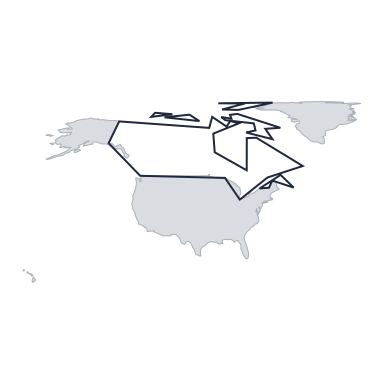 Canada shown with its bordering countries
{"feature_id": "CAN", "entity_name": "Canada", "entity_type": "country or territory", "adm_level": 0, "iso_a3": "CAN", "parent_name": "North America", "parent_adm1": "", "projection": "equal_earth", "projection_center": [-89.555, 62.395], "detail": "coarse", "context": "with_neighbors", "style": "outline", "palette": "slate", "viewbox_px": 384, "rotation_deg": 0, "n_neighbors": 2, "source": "natural_earth", "source_scale": "50m", "svg_char_len": 5986}
<svg xmlns="http://www.w3.org/2000/svg" viewBox="0 0 384 384"><path d="M140.8,175.8L208.4,175.8L208.4,174.6L209.3,174.5L209.6,176.3L210.4,176.8L214.6,177.5L217.0,178.5L219.0,178.0L222.8,178.8L225.0,177.9L233.7,182.4L234.0,183.2L234.6,183.6L234.4,183.9L235.6,183.6L236.2,184.9L237.3,185.3L237.0,185.9L239.7,187.4L240.9,193.2L238.6,198.2L238.9,199.0L239.8,199.6L249.2,195.6L248.5,193.6L249.6,193.1L254.4,193.0L255.2,191.8L259.1,188.5L267.5,188.5L267.7,187.7L269.5,187.0L270.7,183.1L272.3,180.6L273.2,181.5L274.8,180.9L276.0,181.9L276.6,186.2L279.0,189.2L271.5,192.9L270.0,195.6L270.1,197.3L271.1,199.1L272.2,199.2L271.8,198.0L272.7,198.7L272.5,199.7L265.2,201.1L263.1,202.1L266.8,201.4L267.7,202.1L264.1,203.1L262.5,203.1L262.5,202.7L261.8,203.6L262.6,203.8L262.2,206.2L260.5,208.9L260.2,208.0L258.7,207.0L259.4,208.8L260.1,209.4L260.2,210.7L258.1,214.9L258.5,212.4L257.1,211.0L256.6,208.2L256.2,209.7L256.9,211.9L255.1,211.3L257.0,212.4L257.3,215.8L258.1,216.0L259.0,220.7L257.5,223.4L254.7,224.4L253.1,226.5L251.7,226.8L250.4,228.1L250.1,229.3L247.2,231.6L244.5,235.5L244.2,238.1L244.7,240.6L247.0,246.4L247.1,248.0L248.5,252.3L248.4,256.2L247.8,258.5L247.0,259.0L245.6,258.5L245.1,256.9L244.0,256.0L240.7,248.5L241.2,246.1L240.4,244.0L238.1,241.0L237.1,240.4L234.3,242.1L232.5,240.2L230.7,239.3L227.6,239.7L225.2,239.3L222.0,240.2L222.5,241.1L222.4,242.6L223.0,243.3L222.5,243.8L221.5,243.3L220.4,244.0L218.4,243.9L216.4,241.9L214.0,242.4L212.0,241.5L207.9,242.6L205.4,245.4L202.6,247.0L201.0,248.7L200.4,250.4L200.3,253.0L200.9,256.0L199.8,256.1L195.7,254.2L194.4,249.8L192.8,247.7L190.7,243.0L188.8,241.5L186.5,241.6L184.7,244.5L182.4,243.4L181.1,242.3L179.7,238.4L175.9,234.3L171.2,234.3L171.1,235.8L163.5,235.9L153.5,231.6L153.8,230.8L147.2,231.5L147.0,229.7L145.5,227.6L144.2,227.2L144.1,226.2L142.6,226.0L141.7,225.0L139.3,224.7L138.7,224.1L138.6,222.1L136.5,218.6L134.9,213.7L135.1,212.9L132.6,208.9L132.6,206.1L131.6,204.2L132.6,201.4L133.0,198.5L132.7,195.9L134.2,192.8L136.0,186.8L136.4,182.5L135.7,178.3L136.2,177.7L139.5,178.8L140.2,181.8L141.0,180.9L140.8,175.8ZM119.3,121.3L108.6,143.2L110.8,143.3L112.6,144.0L115.0,146.9L117.7,145.4L120.3,144.5L120.9,145.9L123.7,148.2L125.7,153.3L129.0,155.1L128.5,156.9L126.8,158.3L124.1,156.3L124.3,153.9L122.1,151.6L121.7,149.0L116.1,148.8L113.8,148.0L110.3,145.2L104.9,143.8L101.7,144.0L95.9,141.7L93.1,142.2L92.7,144.0L88.6,144.8L83.4,146.2L83.9,144.7L86.2,142.1L89.0,141.3L88.7,140.7L85.2,142.1L82.7,143.8L78.5,145.7L79.5,147.0L76.4,148.9L70.6,150.9L69.4,152.2L65.1,153.6L63.7,154.9L60.4,156.1L58.9,155.9L51.0,158.6L46.6,159.5L46.5,159.0L55.8,155.2L58.8,154.9L60.6,153.7L64.6,152.1L67.6,150.5L69.2,148.5L71.2,146.9L68.1,147.7L67.7,147.2L65.9,148.2L65.2,146.8L64.1,147.8L64.0,146.5L61.1,147.5L59.8,147.5L60.5,145.9L61.5,145.0L60.6,144.0L57.4,144.5L55.2,142.7L56.2,141.2L55.2,140.1L57.0,138.7L59.7,137.3L61.4,136.0L63.2,135.8L64.4,136.2L66.9,135.0L68.3,135.2L70.5,134.5L70.8,133.4L69.9,133.0L72.1,132.1L68.2,132.6L67.2,133.1L65.9,132.6L62.7,132.9L60.0,132.3L59.8,131.4L58.1,130.0L67.2,128.0L68.9,128.0L67.8,129.1L72.3,129.0L71.6,127.6L69.7,126.8L67.8,124.8L65.5,124.1L67.5,123.0L71.1,122.9L74.4,122.0L75.6,121.0L78.4,120.1L84.9,119.0L86.6,119.1L90.4,118.1L93.1,118.5L93.9,119.3L95.0,119.0L98.3,119.1L97.9,119.5L100.7,119.9L102.8,119.7L111.7,120.7L114.6,120.4L119.3,121.3ZM47.2,134.5L48.1,134.9L49.6,134.7L52.8,135.6L50.4,136.4L48.7,135.4L46.7,135.6L46.3,135.4L47.2,134.5ZM34.3,278.0L35.7,280.1L32.9,282.4L32.3,281.9L32.2,279.4L33.0,278.3L33.1,277.2L34.3,278.0ZM33.0,275.3L31.7,276.1L31.1,274.7L31.4,274.4L33.0,275.3ZM31.1,273.8L31.0,274.2L29.5,274.1L29.7,273.6L31.1,273.8ZM27.9,271.7L28.7,273.2L28.5,273.4L27.3,273.2L27.0,272.2L27.9,271.7ZM24.4,269.8L23.9,271.1L23.0,270.4L23.7,269.7L24.4,269.8ZM52.6,143.0L54.2,143.2L53.7,144.2L52.1,144.6L50.1,143.4L52.6,143.0ZM78.4,149.4L79.8,149.6L80.3,150.5L74.9,152.8L74.1,152.1L74.4,150.8L78.4,149.4Z" fill="#d9dde1" stroke="#a8b0b8" stroke-width="1"/><path d="M298.3,102.4L304.0,101.9L310.2,101.9L312.3,101.7L318.5,101.6L332.7,101.7L344.3,102.3L341.3,102.6L325.0,102.7L326.0,102.9L332.3,102.8L337.9,103.1L341.1,102.8L342.9,103.2L341.4,103.7L345.7,103.4L354.0,103.0L359.6,103.2L361.0,103.6L354.3,104.3L353.5,104.6L347.9,104.7L352.1,104.8L349.9,106.4L351.2,107.9L354.2,108.8L351.3,108.8L348.6,109.3L352.7,110.0L354.2,111.3L352.3,111.5L355.9,112.9L351.8,113.0L354.5,113.7L354.3,114.3L349.2,114.5L352.5,115.7L353.1,116.5L348.7,115.8L348.0,116.3L351.0,116.7L354.4,117.9L356.3,119.4L353.0,119.8L347.8,117.9L349.3,119.2L347.7,120.3L355.8,120.5L347.3,123.8L339.6,124.6L337.9,125.4L336.4,127.7L332.7,129.3L326.1,130.5L325.0,131.9L325.7,133.6L325.4,135.2L322.7,137.1L324.4,139.1L324.1,143.7L321.1,143.9L317.1,141.8L312.7,141.8L310.0,140.3L307.7,137.9L302.9,134.8L301.3,133.3L300.3,131.2L296.6,129.0L296.8,127.4L295.2,126.6L296.3,124.1L299.0,123.3L299.5,122.4L299.2,120.9L294.6,122.2L291.9,121.5L291.2,120.1L291.6,119.1L297.7,119.6L291.8,117.7L289.9,118.0L288.1,117.5L289.7,115.8L283.3,112.2L280.6,111.6L280.4,110.9L275.1,110.0L261.5,110.1L255.8,108.7L260.6,108.3L264.3,108.2L256.3,107.9L252.0,107.3L252.2,106.8L265.5,105.6L266.1,105.2L261.1,104.8L262.5,104.4L268.6,103.7L271.1,103.6L270.2,103.1L279.8,102.8L285.3,102.7L287.4,103.0L291.9,102.5L302.7,103.2L298.2,102.7L298.3,102.4Z" fill="#d9dde1" stroke="#a8b0b8" stroke-width="1"/><path d="M140.2,175.8L108.6,143.2L119.2,121.4L209.2,127.9L212.2,116.9L226.6,126.6L230.2,121.0L238.9,123.3L213.3,133.6L214.7,152.3L246.7,170.3L246.8,138.1L256.3,137.7L302.7,166.0L267.5,177.5L239.8,199.6L225.0,177.9L140.2,175.8ZM221.2,117.0L231.4,118.7L230.0,114.9L237.3,113.9L280.4,127.8L265.3,128.8L272.5,139.2L246.1,132.5L255.5,130.4L253.8,123.4L225.4,120.2L221.2,117.0ZM218.3,103.3L272.6,102.6L238.5,109.9L222.1,109.5L244.8,103.5L218.3,103.3ZM164.5,117.3L189.5,114.7L199.4,121.1L164.5,117.3ZM293.7,187.6L272.3,180.6L269.0,187.7L259.5,188.5L280.6,174.9L293.7,187.6ZM155.1,112.8L172.4,114.2L151.2,116.9L155.1,112.8Z" fill="none" stroke="#1e293b" stroke-width="2"/></svg>